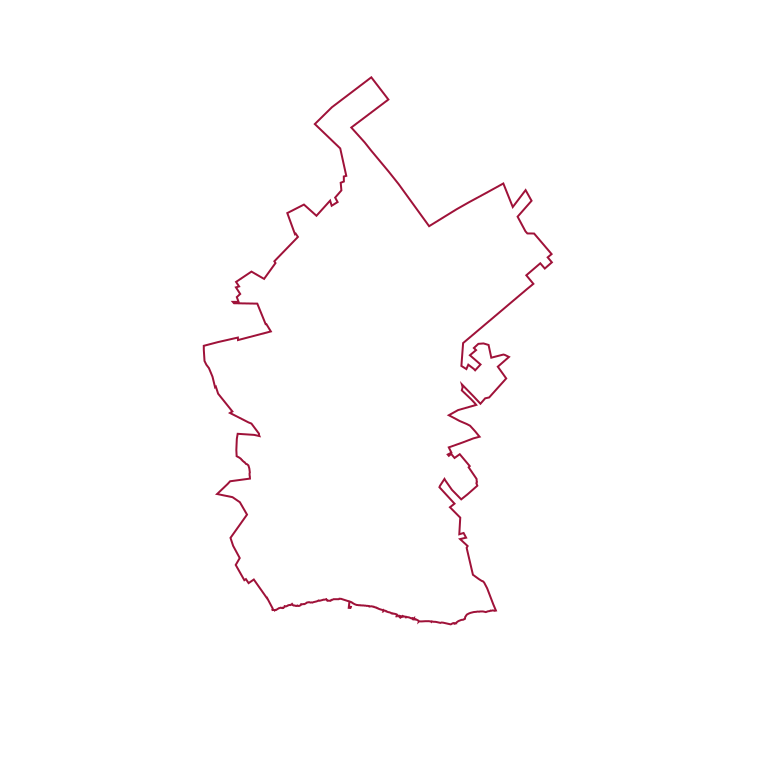 Campeche, Campeche, Mexico (Mercator projection), rotated 230°
{"feature_id": "50627088B29480766363328", "entity_name": "Campeche", "entity_type": "district", "adm_level": 2, "iso_a3": "MEX", "parent_name": "Mexico", "parent_adm1": "Campeche", "projection": "mercator", "projection_center": [-90.58, 19.715], "detail": "fine", "context": "isolated", "style": "outline", "palette": "rose", "viewbox_px": 768, "rotation_deg": 230, "n_neighbors": 0, "source": "geoboundaries", "source_scale": "gbopen_adm2", "svg_char_len": 6010}
<svg xmlns="http://www.w3.org/2000/svg" viewBox="0 0 768 768"><g transform="rotate(230 384 384)"><path d="M508.7,260.1L499.8,257.3L490.1,252.5L490.1,253.5L483.2,250.7L460.4,250.2L460.8,247.4L441.7,255.5L438.9,257.0L426.3,256.3L425.2,255.4L424.2,255.1L428.5,251.8L439.9,239.9L436.6,236.0L428.4,228.5L423.4,224.7L421.0,225.7L418.7,226.3L417.6,226.2L417.2,226.4L416.3,226.3L414.0,226.7L413.8,226.9L411.5,226.9L410.6,227.5L408.8,227.8L405.8,226.5L402.4,224.3L402.1,223.7L400.4,222.3L399.7,222.0L397.7,220.5L408.4,203.6L407.9,199.8L407.0,185.4L394.7,195.2L386.1,197.6L372.0,195.1L364.8,167.5L357.0,164.4L343.4,161.6L340.7,154.1L323.5,150.9L323.3,152.8L318.5,152.3L317.9,158.6L294.5,156.6L294.6,156.8L283.5,154.4L282.9,153.4L282.5,153.3L281.5,154.6L281.1,154.9L280.8,154.8L280.7,155.7L280.3,156.0L279.8,159.5L279.4,160.0L279.2,160.9L278.0,161.8L278.0,162.1L277.7,162.1L277.1,162.9L277.3,164.1L277.2,164.8L277.6,165.2L276.6,166.0L276.1,167.6L276.1,168.4L275.8,168.7L275.6,169.4L274.8,170.2L274.8,170.8L274.6,171.0L274.5,171.5L274.6,172.2L274.2,172.2L273.8,171.8L273.3,171.9L273.0,172.2L272.4,172.4L272.1,172.6L271.8,173.2L270.8,173.7L270.7,173.9L270.2,174.3L269.9,174.8L270.0,175.2L269.1,175.6L268.7,176.4L268.5,176.5L268.2,177.8L268.3,178.6L268.6,178.9L268.5,179.1L268.1,179.2L268.0,179.7L267.4,180.3L267.0,181.2L266.5,181.6L266.1,183.8L266.2,184.2L266.0,184.7L265.0,186.4L263.8,187.2L263.2,188.2L262.6,188.6L262.2,189.8L260.7,192.8L260.2,194.7L259.9,194.7L259.6,195.3L259.3,195.4L257.8,198.6L257.8,198.9L256.9,200.0L256.3,201.4L255.9,201.2L255.3,201.5L254.9,201.3L254.4,201.3L254.3,201.8L254.1,201.8L253.2,202.6L252.8,203.3L252.3,203.7L252.5,204.1L252.3,205.2L251.9,205.6L251.6,207.0L248.3,210.9L248.1,211.5L248.2,211.8L247.8,212.1L247.2,212.9L239.6,217.7L235.2,213.1L233.8,214.5L233.7,214.8L235.1,213.4L235.6,213.9L234.4,215.1L234.0,214.8L234.5,215.4L236.0,214.0L239.6,217.8L238.0,218.7L237.2,219.0L236.5,219.2L236.4,219.1L233.9,220.1L232.2,221.1L231.8,221.6L230.5,222.7L230.0,223.5L229.4,223.8L228.3,225.1L228.0,225.3L227.7,225.8L227.0,226.4L226.7,226.6L226.5,227.0L225.7,227.7L225.2,228.0L224.9,228.5L224.3,229.1L223.9,229.3L223.7,229.7L223.3,230.0L222.8,229.8L222.6,230.0L222.8,229.9L223.1,230.0L222.2,230.8L221.8,231.5L220.3,232.7L220.2,232.6L219.3,233.2L219.1,233.0L219.3,233.3L218.8,233.5L218.0,234.1L217.5,234.4L217.4,234.3L217.2,234.4L217.3,234.5L216.5,234.8L216.5,234.7L216.3,235.1L215.4,235.3L213.8,236.3L213.7,236.1L213.8,236.4L213.7,236.3L211.0,238.2L210.7,238.2L210.2,237.3L210.1,237.5L210.2,237.4L210.7,238.2L210.4,238.2L210.4,238.6L208.7,239.7L208.4,239.8L208.2,239.6L207.6,240.0L206.7,240.5L206.0,241.0L205.9,241.2L205.1,241.7L204.2,242.2L203.7,242.2L203.1,242.9L202.9,243.1L202.7,243.0L202.6,243.3L201.9,243.5L201.4,243.0L201.7,243.6L201.7,243.9L201.1,244.5L199.4,245.6L199.0,245.7L198.8,245.6L197.8,243.9L197.4,243.7L198.5,245.2L197.2,245.9L197.3,246.0L196.4,246.6L196.0,246.1L194.5,246.3L194.5,246.5L195.9,246.2L196.4,246.9L195.4,247.6L195.0,246.9L194.4,247.3L194.2,247.6L194.6,248.2L194.0,248.6L194.3,249.2L193.4,249.7L193.2,249.6L193.0,250.0L192.4,250.4L191.7,251.1L191.1,251.4L190.9,251.0L190.7,251.2L190.9,251.1L191.0,251.5L190.7,251.6L190.4,252.1L188.9,253.3L187.2,254.1L186.7,254.7L186.6,255.2L186.0,255.7L185.3,255.9L185.2,255.1L184.9,255.0L184.7,255.1L185.0,255.0L185.1,256.3L185.0,256.2L185.0,255.2L184.9,255.2L184.9,256.2L183.8,256.8L183.5,256.5L183.4,256.6L183.7,256.8L183.6,257.0L180.7,258.2L180.3,258.1L179.8,258.3L179.6,258.0L179.6,258.5L179.2,258.8L178.1,260.0L175.5,263.5L174.6,264.5L173.5,265.9L172.2,267.0L171.8,267.2L171.6,267.7L171.2,267.6L171.2,267.8L171.3,267.7L171.5,267.9L171.2,268.2L169.9,269.2L169.1,270.2L167.7,271.4L164.7,273.7L164.4,274.6L163.4,275.7L157.1,280.5L156.8,281.1L156.6,282.6L156.1,283.7L155.8,284.0L155.4,283.8L155.1,283.8L155.0,284.0L155.4,283.8L155.6,284.0L155.2,284.5L154.6,285.3L154.7,286.5L154.6,288.2L154.4,289.1L153.5,291.8L152.6,292.9L152.5,293.9L152.1,294.5L152.1,295.1L153.3,296.4L154.0,298.8L154.1,299.2L153.7,301.3L153.1,303.1L151.6,306.2L150.0,308.5L149.9,308.8L149.3,309.7L148.4,310.5L148.2,311.1L146.7,313.0L145.8,313.9L143.8,315.4L143.1,317.4L142.0,319.2L142.0,319.9L141.3,320.5L140.6,321.9L139.2,322.9L138.5,324.1L145.0,326.1L161.2,331.7L167.6,333.1L169.5,332.9L170.3,332.3L173.5,331.3L180.7,329.5L205.4,342.0L206.1,343.9L216.3,342.6L213.5,348.1L218.7,349.2L220.5,345.1L232.6,356.5L247.2,355.3L247.0,361.1L269.3,360.1L270.0,361.4L272.4,369.3L270.8,369.0L259.3,368.0L246.0,369.0L245.8,377.2L246.1,390.1L248.6,391.0L248.7,391.5L249.2,391.8L249.3,392.3L250.2,392.7L251.8,393.9L265.8,395.3L266.0,396.9L281.5,396.9L282.0,390.5L287.3,390.5L287.3,387.5L289.0,387.5L288.1,391.5L293.8,392.9L288.6,406.8L284.9,417.5L282.2,423.3L289.2,423.4L296.7,423.1L300.1,421.7L307.2,418.1L318.4,413.6L316.4,424.0L308.7,441.2L311.7,441.2L316.6,440.9L329.1,439.5L331.0,442.2L333.6,443.4L316.2,444.7L306.9,445.2L308.0,452.3L306.1,455.9L309.7,481.2L324.1,482.3L324.4,497.1L328.5,495.3L329.7,494.5L330.1,493.8L335.2,483.1L346.7,489.2L351.1,486.3L354.1,482.1L353.8,476.0L350.8,476.3L350.8,468.3L336.9,470.5L335.9,462.6L337.8,462.5L344.6,461.0L342.5,456.7L348.1,454.9L364.5,470.9L364.8,554.4L364.7,562.8L375.8,562.9L376.0,581.3L369.1,581.4L369.3,590.8L375.8,590.8L375.8,595.9L402.8,595.7L407.2,590.6L410.0,590.5L426.3,593.9L429.5,614.8L441.5,617.1L436.8,596.4L460.9,604.3L464.3,587.0L468.6,566.0L471.2,551.9L475.9,520.0L527.8,523.7L543.6,524.1L571.3,524.2L581.4,524.5L601.5,523.8L599.1,570.2L627.1,571.4L629.5,522.0L627.6,498.1L592.6,501.9L567.7,488.9L568.8,486.6L564.9,483.4L566.0,480.2L559.7,475.8L558.2,466.4L553.2,465.4L554.2,458.5L559.1,460.6L556.3,440.4L572.9,438.0L577.1,419.8L556.0,412.1L556.0,413.0L552.0,412.6L548.5,378.9L546.4,378.6L541.6,359.7L555.3,354.7L557.3,336.3L551.9,335.7L553.2,332.7L545.4,331.7L545.2,327.1L540.4,325.4L544.1,321.0L542.3,321.0L527.0,338.6L505.9,331.8L505.5,332.4L497.0,331.1L511.5,300.4L513.5,301.9L522.8,283.8L529.1,270.5L526.1,268.0L517.0,261.3L512.9,260.3L508.7,260.1Z" fill="none" stroke="#9f1239" stroke-width="2"/></g></svg>